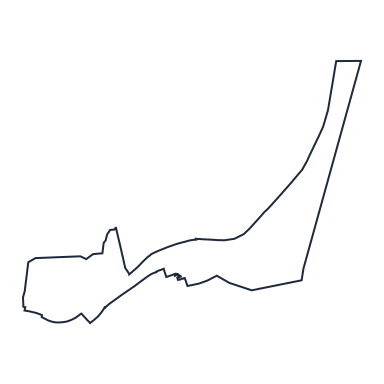 Ismailiyya 1, Al Isma`iliyah, Egypt (Natural Earth projection)
{"feature_id": "37247803B86792300989473", "entity_name": "Ismailiyya 1", "entity_type": "district", "adm_level": 2, "iso_a3": "EGY", "parent_name": "Egypt", "parent_adm1": "Al Isma`iliyah", "projection": "natural_earth1", "projection_center": [32.267, 30.608], "detail": "fine", "context": "isolated", "style": "outline", "palette": "slate", "viewbox_px": 384, "rotation_deg": 0, "n_neighbors": 0, "source": "geoboundaries", "source_scale": "gbopen_adm2", "svg_char_len": 2465}
<svg xmlns="http://www.w3.org/2000/svg" viewBox="0 0 384 384"><path d="M301.6,280.3L303.5,268.4L320.2,208.2L361.0,60.9L336.2,61.1L328.0,110.1L323.2,126.5L318.4,137.1L317.1,139.6L315.3,143.4L308.2,158.3L307.3,160.5L303.8,166.8L302.2,169.7L294.5,178.7L292.5,181.2L283.3,191.7L274.1,202.0L269.2,207.4L268.5,208.2L264.1,212.3L260.8,216.2L258.7,218.5L249.2,229.0L243.8,234.1L240.6,235.7L234.4,238.8L224.2,240.3L222.1,240.2L217.2,240.1L215.0,239.9L206.2,239.4L203.0,239.3L199.5,239.0L196.4,238.9L196.0,238.8L196.2,239.7L194.7,239.7L190.4,240.3L189.3,240.5L187.8,241.0L185.7,241.5L184.6,241.9L183.0,242.2L176.8,243.9L174.5,244.7L172.8,245.3L169.0,246.6L166.4,247.6L164.0,248.6L158.4,250.8L158.2,250.9L158.0,251.0L155.4,252.1L153.2,253.2L151.5,254.1L151.2,254.3L150.9,254.4L150.1,255.3L149.6,255.7L149.4,255.8L148.4,256.5L147.3,257.4L145.5,259.1L142.6,261.9L139.4,265.3L136.6,268.0L131.9,272.1L129.3,274.3L129.3,274.1L129.2,273.9L125.2,267.9L122.6,256.3L120.0,244.9L117.9,236.2L116.0,227.8L115.8,227.8L115.5,227.9L114.6,229.5L110.2,229.9L107.8,233.4L107.1,234.6L106.1,238.5L105.7,240.4L103.7,242.8L102.4,253.3L93.1,254.1L86.2,259.1L80.3,256.3L35.5,258.1L28.3,262.2L24.7,291.3L23.0,297.4L23.4,306.8L25.3,307.3L24.5,310.5L29.2,311.3L36.4,313.0L42.0,315.1L41.7,317.0L45.2,318.9L48.1,320.4L51.6,321.6L54.9,322.3L58.0,322.5L60.3,322.4L64.2,322.0L66.3,321.6L66.5,321.5L66.8,321.5L68.4,321.0L70.8,320.1L73.2,319.0L76.0,317.5L80.5,314.1L81.4,313.6L87.1,319.9L89.4,322.2L90.0,323.1L93.5,320.4L98.1,316.4L99.4,314.8L100.6,313.4L103.3,309.7L103.5,309.5L104.6,307.4L104.9,307.7L105.2,307.8L106.4,306.3L109.8,303.5L115.9,299.1L122.0,294.7L128.1,290.5L134.3,286.3L140.3,281.8L146.4,277.3L149.9,274.9L152.5,273.5L156.5,272.1L156.5,271.8L156.4,271.6L158.1,270.8L160.7,269.9L163.7,268.8L163.7,269.0L163.8,269.1L164.0,270.0L166.3,277.0L171.0,275.4L174.5,274.1L174.9,275.8L175.2,275.6L175.5,275.4L175.3,274.6L175.1,274.0L175.4,273.9L175.6,273.7L177.2,274.0L177.2,274.5L177.3,274.5L177.5,274.1L177.9,274.2L177.9,274.7L177.6,274.7L177.7,275.0L177.7,275.5L177.8,275.5L177.8,275.0L178.3,275.1L178.9,275.2L178.9,275.4L178.8,275.7L179.0,275.8L179.1,275.5L179.1,275.3L180.0,275.7L180.3,275.8L180.5,275.9L180.8,276.7L180.5,276.8L180.3,276.9L177.3,277.9L177.4,278.1L177.5,278.2L178.0,279.9L180.3,279.5L182.6,278.6L183.6,278.3L183.7,278.5L184.6,278.2L184.8,278.1L187.5,286.0L198.9,283.6L207.3,280.6L216.8,275.7L229.3,282.9L251.7,290.3L301.6,280.3Z" fill="none" stroke="#1e293b" stroke-width="2"/></svg>